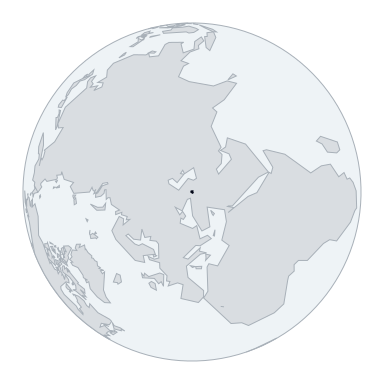 globe centered on Aragatsotn, rotated 254°
{"feature_id": "ARM-1553", "entity_name": "Aragatsotn", "entity_type": "Province", "adm_level": 1, "iso_a3": "ARM", "parent_name": "Armenia", "parent_adm1": "", "projection": "orthographic", "projection_center": [44.108, 40.464], "detail": "fine", "context": "on_globe", "style": "filled", "palette": "ink", "viewbox_px": 384, "rotation_deg": 254, "n_neighbors": 0, "source": "natural_earth", "source_scale": "10m", "svg_char_len": 10807}
<svg xmlns="http://www.w3.org/2000/svg" viewBox="0 0 384 384"><g transform="rotate(254 192 192)"><circle cx="192" cy="192" r="169" fill="#eef3f6" stroke="#a8b0b8"/><path d="M166.8,24.9L167.0,24.9L172.8,24.2L176.3,23.8L189.2,25.0L208.0,27.4L215.6,27.5L212.6,28.3L228.2,28.8L239.5,31.6L225.7,28.9L223.5,29.1L230.6,31.0L229.9,31.7L232.9,33.1L231.4,33.9L223.4,32.7L222.3,33.3L227.4,34.7L229.1,36.7L221.8,34.5L224.0,37.8L211.1,37.4L192.6,32.6L184.4,34.5L162.5,35.8L163.4,36.9L155.7,38.7L153.8,40.9L150.3,40.9L151.9,42.7L155.5,42.3L157.4,43.0L156.6,44.4L152.0,44.5L151.7,43.8L149.9,44.6L147.9,44.1L148.5,45.1L142.9,45.4L147.2,47.2L141.9,49.2L138.5,48.8L140.4,46.1L137.4,39.8L134.6,39.3L128.7,40.9L114.3,49.3L110.5,50.2L104.3,53.4L105.6,53.9L110.9,51.7L111.8,53.9L118.3,51.4L119.6,52.1L125.6,51.0L123.0,54.3L117.1,58.2L112.0,59.4L109.3,61.3L112.8,62.9L101.9,68.3L92.4,77.7L89.8,79.1L87.2,76.0L90.8,68.6L87.4,66.3L87.8,71.1L81.2,75.0L79.4,77.2L78.7,79.1L80.5,79.1L77.9,81.3L76.5,76.9L78.9,74.8L79.3,76.1L80.9,72.9L79.9,70.7L76.7,73.2L78.7,68.4L76.4,70.3L75.5,70.5L79.1,67.7L72.8,72.9L73.8,71.3L83.6,62.4L94.0,54.4L105.0,47.1L116.6,40.8L128.7,35.4L141.1,30.9L153.8,27.4L166.8,24.9ZM23.2,200.1L24.2,209.7L26.7,224.4L28.1,232.3L28.2,233.3L24.9,216.8L23.2,200.1ZM173.1,24.1L178.0,23.7L173.0,24.1L169.1,24.6L173.1,24.1ZM187.4,23.6L184.8,23.7L183.5,23.4L185.4,23.4L187.4,23.6ZM221.3,27.8L217.3,27.1L221.4,27.6L221.3,27.8ZM233.6,33.2L234.9,33.3L235.9,34.0L233.6,33.2ZM126.6,49.4L126.1,50.2L125.3,49.9L126.6,49.4ZM129.7,48.2L129.1,47.4L130.5,46.7L130.9,47.3L129.7,48.2ZM234.5,36.0L235.7,37.4L233.1,35.7L234.5,36.0ZM130.1,49.4L133.0,45.7L135.5,44.7L138.8,45.9L130.1,49.4ZM235.5,38.1L238.5,41.9L241.7,42.2L234.2,43.8L234.2,39.8L230.5,37.6L233.9,38.5L235.5,38.1ZM156.9,41.6L153.1,42.1L157.0,40.5L156.9,41.6ZM159.0,40.5L168.3,35.3L173.6,35.6L169.4,37.1L176.8,36.8L174.9,39.4L170.3,40.2L167.3,39.4L168.8,41.1L159.0,40.5ZM229.6,44.2L229.1,45.1L228.1,44.0L229.6,44.2ZM158.4,43.2L159.8,42.0L164.5,42.2L162.6,44.6L161.7,43.7L158.4,43.2ZM179.8,35.5L182.9,36.2L182.2,38.5L183.3,39.1L175.3,39.5L179.8,35.5ZM160.2,44.4L161.5,45.9L158.6,47.1L157.4,44.4L160.2,44.4ZM166.6,41.2L168.7,41.5L166.9,42.1L166.6,41.2ZM149.0,52.8L150.5,51.1L153.1,51.0L149.0,52.8ZM162.1,46.3L163.1,45.9L164.3,45.7L164.5,47.0L162.1,46.3ZM175.3,41.2L174.3,42.1L178.6,41.1L178.2,43.0L172.9,43.0L175.0,43.8L174.9,44.4L170.7,43.8L175.3,41.2ZM168.3,47.8L161.4,48.8L157.9,51.8L155.5,52.0L161.6,47.1L168.3,47.8ZM170.1,45.4L168.4,46.9L166.3,46.2L166.1,44.8L170.1,45.4ZM179.8,44.3L181.8,41.5L182.9,41.6L179.8,44.3ZM167.7,48.7L169.4,48.5L167.7,49.0L167.7,48.7ZM176.6,45.8L177.1,44.7L178.3,44.8L176.6,45.8ZM172.3,49.0L170.0,49.3L169.8,48.3L172.3,49.0ZM174.6,47.6L176.1,48.1L171.1,47.8L174.6,47.1L174.6,47.6ZM177.6,46.1L178.5,45.8L177.2,46.5L177.6,46.1ZM174.3,52.9L168.0,52.7L167.6,50.4L173.8,50.8L174.3,52.9ZM53.2,237.8L48.1,209.5L52.6,203.8L54.8,193.3L86.9,174.0L92.2,179.9L115.7,185.8L118.4,188.4L113.9,196.3L130.3,213.0L137.5,207.4L154.0,216.9L166.0,218.4L173.3,202.4L153.6,199.6L151.8,190.8L168.9,186.0L186.4,188.8L186.2,185.5L176.6,177.3L182.0,171.7L173.4,173.9L175.9,177.6L170.6,179.3L168.0,176.1L170.0,174.1L165.2,172.0L156.8,182.5L158.4,187.3L144.8,186.8L146.1,195.0L141.9,197.7L138.1,185.0L139.6,180.9L131.3,165.6L128.6,169.7L136.2,184.6L133.1,182.8L129.5,189.2L129.9,182.9L122.3,166.2L111.0,164.6L94.1,176.0L88.0,174.2L84.0,167.7L92.7,152.0L105.4,157.9L108.6,153.1L108.2,143.2L112.1,146.1L113.5,143.0L118.4,144.9L127.6,140.1L133.0,141.4L138.6,132.5L142.2,132.1L137.8,137.3L137.7,141.9L151.3,145.5L154.6,144.1L157.1,138.2L160.6,140.2L161.3,134.1L170.2,133.6L160.0,129.3L162.7,122.9L169.2,119.1L168.3,116.4L157.8,122.7L155.2,126.1L156.0,130.0L147.4,139.2L142.3,139.6L144.3,127.6L137.3,127.1L141.9,118.5L167.4,105.7L177.0,104.3L188.6,115.3L185.1,118.9L179.3,116.7L182.8,124.6L183.4,121.1L186.3,123.0L189.6,117.9L191.8,119.0L191.3,112.4L194.3,113.2L194.6,117.4L202.2,111.1L209.1,111.6L209.7,109.7L208.5,107.5L218.0,110.0L218.1,108.5L215.0,107.1L213.1,103.3L213.5,97.8L216.8,99.0L217.1,101.1L222.7,107.6L223.0,113.5L224.4,113.4L224.9,108.6L218.1,100.6L217.4,97.1L221.1,100.3L219.7,98.8L220.4,97.4L224.1,97.2L220.2,93.5L223.3,78.0L230.8,76.5L233.8,80.8L239.4,72.6L247.5,72.4L244.6,71.0L245.4,66.6L242.8,66.5L241.5,65.6L242.2,55.4L245.0,54.3L242.0,49.1L240.5,48.5L238.3,49.0L234.2,43.8L241.7,42.2L244.7,43.6L247.4,42.1L253.8,45.7L260.4,48.3L265.9,53.8L270.6,55.7L271.1,54.9L277.9,57.2L290.1,65.5L278.0,62.2L259.2,52.4L266.7,56.4L264.3,56.7L266.6,58.9L271.9,62.0L272.9,61.6L278.1,73.8L289.5,85.9L290.4,81.3L294.6,81.9L308.4,93.6L321.0,119.4L326.9,122.1L329.7,126.0L330.2,131.4L326.0,125.9L323.2,126.8L320.7,123.1L320.1,130.6L316.6,125.6L317.8,134.3L321.4,136.7L323.3,131.6L325.9,141.6L332.5,144.2L337.4,152.0L340.0,173.8L336.5,185.5L337.1,188.6L333.6,188.4L332.1,197.4L341.2,206.8L342.1,211.2L338.2,225.3L337.5,222.3L328.2,221.9L328.8,233.3L335.9,236.1L338.5,243.7L334.0,245.0L331.1,238.5L327.8,238.1L327.1,228.7L321.2,217.6L316.5,224.1L315.3,218.5L306.5,210.8L298.9,219.7L288.0,241.9L289.1,256.4L284.2,264.8L271.8,248.4L267.1,234.9L262.1,238.0L249.8,228.5L227.0,232.3L224.2,228.7L219.8,231.2L211.3,228.0L207.3,221.7L201.9,222.5L212.6,238.9L218.5,238.1L224.1,230.8L226.0,236.7L234.3,240.9L223.3,256.7L190.2,270.9L187.9,259.9L167.5,227.0L168.6,223.3L168.5,222.9L168.3,222.1L165.5,227.9L162.3,221.1L172.3,244.7L173.5,254.2L189.7,271.5L188.0,273.2L193.5,276.5L212.1,271.7L212.1,275.2L202.7,291.7L177.6,311.4L181.5,323.5L180.6,332.7L166.2,337.3L168.8,343.5L161.6,344.6L162.0,347.5L156.9,349.5L147.9,350.1L131.3,345.9L129.2,343.4L119.3,336.0L105.1,317.5L108.2,311.2L106.3,304.2L94.4,284.0L96.9,275.5L94.0,270.1L87.8,268.4L84.5,261.7L80.9,259.7L59.1,249.4L53.2,237.8ZM74.1,188.1L72.8,191.1L74.1,188.1ZM203.9,200.1L214.9,200.3L211.6,189.8L215.5,189.1L212.9,186.0L211.3,189.1L205.1,180.3L210.5,176.9L209.9,172.3L206.2,172.1L197.4,179.7L206.1,192.1L202.9,196.6L203.9,200.1ZM81.3,75.2L81.3,75.7L80.2,77.9L79.7,77.3L81.3,75.2ZM81.1,85.7L76.9,89.1L79.6,86.1L78.1,85.8L81.9,79.4L88.7,79.4L84.9,80.4L81.1,85.7ZM88.8,71.5L85.6,75.1L88.8,71.1L88.8,71.5ZM116.2,125.4L117.2,128.3L114.2,131.3L107.4,130.7L111.6,126.3L116.2,125.4ZM119.3,132.0L123.2,120.8L127.6,121.1L124.4,122.7L127.0,124.0L122.6,127.1L123.0,138.7L120.4,142.1L109.2,138.6L114.3,137.7L113.0,134.7L119.3,132.0ZM125.4,95.4L127.1,91.6L134.4,97.0L131.9,100.0L125.0,99.4L123.8,95.4L125.4,95.4ZM135.5,52.7L135.7,51.5L137.0,51.4L137.9,52.3L135.5,52.7ZM149.5,52.0L136.0,57.8L135.5,56.7L128.2,61.9L124.1,61.2L129.0,57.7L120.4,61.3L123.1,57.8L117.4,60.7L128.8,53.1L130.9,50.5L130.1,53.6L133.7,54.4L136.0,53.9L144.0,50.8L150.4,45.9L155.1,46.2L156.7,47.7L155.9,48.9L153.1,48.3L154.0,50.4L149.3,50.4L149.5,52.0ZM172.6,70.4L169.7,68.2L170.7,74.1L166.1,73.5L166.5,74.2L162.4,75.4L158.2,78.1L156.4,77.3L155.5,78.8L152.8,79.7L151.1,81.5L147.1,80.8L144.6,83.0L144.2,81.5L140.9,85.6L141.6,82.3L138.1,83.4L139.4,86.0L122.2,79.9L114.6,80.5L107.9,83.0L109.8,77.5L117.3,72.0L127.1,67.5L134.2,68.0L133.8,65.7L137.1,65.3L136.1,67.3L139.6,64.0L142.0,64.3L150.8,61.5L154.4,57.1L157.7,56.1L157.5,58.0L160.9,55.8L162.7,58.8L165.1,58.3L169.3,60.9L167.5,65.2L170.3,64.3L173.6,66.5L172.6,70.4ZM175.4,53.7L174.3,58.5L171.2,60.6L165.2,55.2L162.7,55.3L158.8,52.3L163.4,49.3L164.1,50.4L165.8,50.8L163.7,51.6L166.7,51.3L167.8,52.9L170.4,53.1L169.3,54.6L175.4,53.7ZM122.5,186.2L124.7,187.3L128.5,188.1L126.2,192.3L122.5,186.2ZM117.1,174.8L119.3,175.0L117.9,180.9L115.6,179.9L117.1,174.8ZM121.6,170.2L119.5,174.5L119.3,171.6L121.6,170.2ZM140.0,137.3L142.4,137.3L142.3,138.8L140.4,140.5L140.0,137.3ZM174.5,89.1L173.4,87.2L174.4,86.7L175.2,81.9L178.7,82.2L179.6,85.2L174.5,89.1ZM169.3,204.9L165.1,207.6L163.6,205.9L165.3,205.3L169.3,204.9ZM144.2,200.4L149.4,203.7L143.5,201.5L144.2,200.4ZM178.5,88.7L178.4,86.6L180.2,88.1L178.5,88.7ZM181.3,82.3L183.6,83.5L179.2,81.8L181.3,82.3ZM210.1,330.9L200.0,345.5L191.8,345.7L189.7,341.9L193.0,333.2L202.3,330.3L206.7,325.6L210.1,330.9ZM352.8,241.6L353.9,239.2L353.7,239.8L352.8,241.6ZM351.8,242.7L353.3,239.5L351.3,244.5L351.8,242.7ZM353.9,238.2L355.4,233.6L356.1,231.2L355.8,232.7L353.9,238.2ZM350.6,245.0L342.7,256.7L339.1,259.7L340.3,256.5L346.1,249.7L350.6,245.0ZM340.0,256.8L334.0,257.5L323.0,248.1L327.0,245.4L337.9,247.0L337.3,249.5L341.0,250.3L340.0,256.8ZM353.0,228.4L352.3,234.7L348.3,240.9L346.3,242.9L344.9,237.7L345.7,232.8L347.5,230.6L352.4,208.3L354.5,208.0L353.5,216.4L355.1,218.6L353.0,228.4ZM289.9,257.4L294.3,263.9L291.3,266.6L289.9,257.4ZM352.9,195.3L351.9,204.9L352.3,193.7L352.9,195.3ZM352.2,186.0L353.0,188.6L351.6,187.5L352.2,186.0ZM338.5,192.7L336.7,195.9L335.9,193.9L337.7,188.6L338.5,192.7ZM341.1,158.7L343.8,164.8L344.4,167.4L342.3,164.9L341.1,158.7ZM208.4,91.0L203.3,97.0L202.0,102.1L205.0,105.9L198.7,103.3L200.7,95.4L208.4,91.0ZM221.1,79.4L218.5,76.4L221.0,76.3L221.9,76.9L221.1,79.4ZM218.5,78.6L212.8,77.8L212.2,75.3L216.9,76.3L218.5,78.6ZM195.5,82.7L193.8,84.4L192.4,83.1L195.5,82.7ZM357.5,225.9L355.4,234.8L357.4,226.2L357.8,224.5L357.5,225.9ZM360.8,198.9L360.6,201.0L360.9,195.1L360.8,198.9ZM359.4,212.6L359.2,214.3L359.0,214.6L359.4,212.6ZM360.3,206.9L359.7,211.4L359.8,209.8L360.3,206.9L360.3,206.9ZM356.0,217.9L356.5,220.1L358.0,213.9L356.8,220.2L357.3,223.2L356.8,226.3L356.4,222.8L355.4,230.2L354.7,231.8L354.7,227.3L355.7,218.7L356.4,214.1L358.9,205.7L356.0,217.9ZM360.0,205.5L359.8,202.5L359.9,198.9L360.2,199.8L360.0,205.5ZM358.2,196.0L356.6,194.3L355.9,198.9L356.6,186.5L358.2,190.2L358.2,196.0ZM355.7,188.0L355.1,192.3L355.2,185.7L355.7,188.0ZM354.5,191.3L353.6,188.2L354.5,186.7L354.5,191.3ZM356.1,186.8L355.0,180.6L356.1,183.0L356.1,186.8ZM351.2,181.6L354.4,182.7L351.5,186.0L347.9,175.3L348.8,172.6L351.2,181.6ZM334.1,124.3L331.9,121.9L331.8,119.0L333.4,121.5L334.1,124.3ZM329.4,108.4L331.1,117.5L332.1,125.3L333.4,125.1L336.5,131.3L332.7,128.9L329.6,119.8L329.5,114.9L326.3,110.1L324.2,104.5L319.7,100.0L317.8,96.6L321.8,99.3L329.4,108.4ZM317.7,98.3L309.2,89.7L310.4,86.8L312.6,88.1L316.0,93.1L315.1,94.3L317.7,98.3ZM307.5,86.9L306.6,88.1L292.1,80.3L289.3,78.0L301.0,81.8L300.8,83.3L304.1,85.9L307.5,86.9ZM231.0,45.4L229.3,45.1L230.6,44.7L231.0,45.4ZM240.1,65.7L238.5,64.3L240.1,63.7L240.1,65.7ZM235.0,60.3L234.3,61.9L233.7,59.7L235.0,60.3ZM232.9,65.7L233.4,62.3L234.9,66.3L232.9,65.7Z" fill="#d9dde1" stroke="#a8b0b8" stroke-width="1"/><path d="M191.1,192.7L190.9,192.5L190.9,192.4L190.9,192.2L191.0,192.2L191.2,191.9L191.3,191.9L191.5,192.0L191.7,191.9L191.8,191.9L191.8,192.0L192.0,192.0L192.0,191.9L192.2,191.7L191.9,191.5L192.0,191.4L192.1,191.2L192.3,191.3L192.3,191.2L192.5,191.2L192.7,191.3L192.7,191.5L192.9,191.7L193.0,191.7L193.0,191.8L192.9,192.1L192.9,192.3L192.7,192.5L192.7,192.8L192.5,192.7L192.4,192.7L192.2,192.7L192.1,192.8L191.8,192.8L191.7,192.8L191.7,192.7L191.4,192.6L191.2,192.6L191.1,192.7Z" fill="#0f172a" stroke="#020617" stroke-width="1.5"/></g></svg>